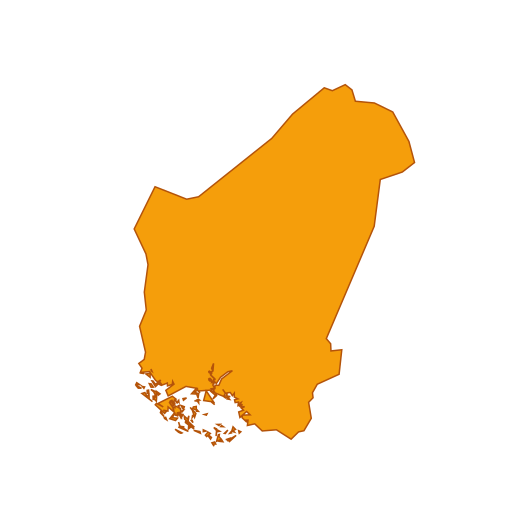 Rufiji, Pwani, United Republic of Tanzania, rotated 113°
{"feature_id": "72390352B25336426084217", "entity_name": "Rufiji", "entity_type": "district", "adm_level": 2, "iso_a3": "TZA", "parent_name": "United Republic of Tanzania", "parent_adm1": "Pwani", "projection": "mercator", "projection_center": [39.283, -7.991], "detail": "fine", "context": "isolated", "style": "filled", "palette": "amber", "viewbox_px": 512, "rotation_deg": 113, "n_neighbors": 0, "source": "geoboundaries", "source_scale": "gbopen_adm2", "svg_char_len": 6212}
<svg xmlns="http://www.w3.org/2000/svg" viewBox="0 0 512 512"><g transform="rotate(113 256 256)"><path d="M400.7,321.9L403.8,317.1L408.4,317.0L404.0,308.9L409.7,299.9L410.4,296.7L408.4,296.3L407.6,295.0L413.4,298.5L411.3,301.9L411.6,303.0L415.5,297.5L409.7,295.1L410.7,293.3L411.9,295.3L412.1,292.6L407.6,288.0L410.2,286.7L406.8,282.9L404.0,283.7L406.0,281.4L414.9,286.5L419.1,282.2L403.4,269.5L400.8,258.2L402.1,257.5L404.0,254.2L402.5,255.8L396.1,243.3L395.6,245.2L393.8,242.4L391.6,245.4L388.8,244.7L389.7,246.1L389.8,247.4L389.4,247.6L388.5,247.4L389.1,249.6L388.8,250.6L387.7,251.5L387.0,251.2L386.6,250.4L387.7,247.9L387.6,251.3L388.2,247.2L389.6,247.3L388.6,246.1L386.3,246.6L385.5,245.8L383.3,251.3L382.8,251.6L381.5,250.9L380.8,251.3L381.6,251.4L381.8,251.9L381.7,253.5L381.4,254.0L380.8,254.3L380.6,254.2L381.1,253.6L380.2,252.5L380.1,252.3L380.1,251.6L379.3,251.3L378.7,250.8L376.7,253.0L371.4,253.1L378.6,250.7L380.1,251.6L381.1,253.4L381.1,253.9L380.6,254.0L380.8,254.2L381.7,253.5L381.7,251.9L380.7,251.2L381.5,250.9L383.1,251.3L385.2,245.8L386.1,245.6L386.4,246.5L388.3,245.9L389.3,246.5L389.4,246.0L388.0,244.9L388.9,242.7L381.5,241.3L373.5,236.7L370.8,232.9L382.6,239.6L389.6,239.7L391.0,243.2L394.2,242.0L396.0,243.1L397.8,240.4L398.0,245.6L400.0,239.1L404.4,239.8L399.8,237.7L398.0,239.6L397.9,230.8L394.2,230.7L391.8,234.6L395.3,228.4L393.3,229.2L391.7,226.3L393.8,223.2L390.7,222.4L394.3,220.9L394.6,216.8L396.8,219.6L399.1,217.9L397.3,215.1L400.7,214.1L399.3,213.0L397.6,213.3L396.5,212.4L401.1,212.7L397.8,210.6L400.8,210.9L399.1,207.6L401.8,209.9L402.8,207.3L406.3,211.0L410.9,207.7L402.8,203.9L404.5,199.4L407.8,206.3L410.3,205.6L412.6,199.5L411.0,201.1L410.2,199.2L415.4,197.7L411.0,191.6L414.6,181.9L408.0,169.3L410.9,152.1L401.3,148.1L398.1,143.6L383.8,141.7L370.1,150.4L364.2,148.1L359.8,150.6L350.1,149.5L332.4,133.3L308.8,140.4L314.1,149.9L307.6,153.0L304.6,159.0L182.5,158.8L137.0,171.5L121.5,154.1L108.0,146.6L90.8,160.0L70.0,186.4L68.9,206.8L74.7,225.0L65.6,232.6L63.4,240.8L74.0,250.3L74.5,258.9L111.1,277.8L141.5,287.4L223.9,332.0L230.8,342.0L231.7,376.0L278.7,378.7L297.1,358.1L306.2,352.0L332.9,344.7L348.6,335.9L366.2,335.7L387.7,320.1L394.9,318.5L400.7,321.9ZM401.0,308.5L402.8,306.7L402.6,307.5L401.0,308.5ZM429.3,277.9L431.6,270.7L427.9,273.4L424.8,278.4L423.0,278.3L421.6,277.0L423.9,274.0L420.5,274.9L419.0,273.7L417.8,278.2L430.0,288.6L431.2,282.4L430.6,290.1L432.3,290.6L436.6,278.6L434.4,277.9L434.1,281.1L433.2,276.5L429.3,277.9ZM409.5,247.7L407.1,238.5L407.8,236.7L399.5,249.2L409.5,247.7ZM429.0,264.1L425.8,266.0L425.6,271.7L427.2,271.4L426.8,272.1L427.5,272.9L427.2,273.3L431.5,270.6L431.9,269.8L432.7,268.9L434.0,268.2L433.8,266.6L431.0,267.1L429.0,264.1ZM432.8,255.3L431.4,259.5L434.1,257.9L435.3,253.4L435.7,256.8L436.2,252.9L436.4,256.0L436.9,255.9L439.5,245.3L436.6,254.4L437.7,245.8L434.7,253.9L429.3,255.3L432.8,255.3ZM430.5,294.4L429.3,298.5L425.4,300.3L427.8,301.3L425.1,304.9L427.1,307.3L430.5,294.4ZM409.4,253.8L405.2,254.9L405.4,259.9L402.6,257.3L401.2,259.2L408.0,261.5L406.3,256.7L409.4,253.8ZM433.2,223.5L431.5,220.9L431.1,224.7L430.5,224.8L430.4,227.8L432.1,224.1L437.4,222.4L433.2,223.5ZM436.0,264.9L437.5,269.7L432.1,269.7L439.5,271.8L438.9,265.8L436.0,264.9ZM442.5,257.0L441.3,255.2L442.4,259.4L439.1,262.4L443.4,259.0L443.8,260.7L443.9,249.7L442.5,257.0ZM428.4,249.5L424.4,249.8L421.1,257.4L422.9,254.3L428.4,249.5ZM409.0,306.1L405.4,307.6L407.6,311.3L409.0,306.1ZM425.1,292.1L420.1,294.7L419.9,300.6L421.0,297.1L425.1,292.1ZM437.8,208.2L428.9,204.2L437.5,210.4L435.2,207.9L437.8,208.2ZM442.0,219.9L438.3,216.4L436.6,219.6L434.6,220.0L435.2,220.8L442.0,219.9ZM437.2,228.7L436.9,231.4L440.7,232.6L441.5,230.9L437.2,228.7ZM426.5,207.0L425.6,208.8L423.6,207.1L422.2,210.4L426.9,209.9L426.5,207.0ZM427.1,274.0L425.2,273.9L422.9,277.6L424.9,277.7L427.1,274.0ZM434.5,261.6L430.4,261.3L430.9,263.5L433.3,262.0L431.7,264.9L434.5,261.6ZM421.2,250.7L417.8,252.2L419.4,254.7L421.0,254.7L421.2,250.7ZM440.8,245.2L440.9,237.9L439.5,239.0L440.8,245.2ZM425.7,262.8L422.7,263.1L422.9,266.7L425.7,262.8ZM416.8,299.2L414.7,302.5L415.2,304.4L417.8,301.4L416.8,299.2ZM437.6,282.8L439.7,278.0L436.2,282.9L437.6,282.8ZM395.4,224.8L396.5,229.1L398.1,230.6L398.6,228.5L395.4,224.8ZM431.4,214.9L427.2,213.9L431.6,215.8L431.4,214.9ZM447.5,220.3L446.0,221.9L444.8,219.6L443.4,221.5L445.2,223.6L447.5,220.3ZM424.7,300.7L421.4,302.5L422.2,303.7L424.9,302.5L424.7,300.7ZM428.6,291.0L425.6,292.0L424.3,294.4L427.5,293.9L428.6,291.0ZM421.2,316.4L419.9,312.7L419.2,316.3L421.2,316.4ZM430.1,263.3L431.0,266.6L433.0,265.5L431.2,265.3L430.1,263.3ZM419.9,274.4L422.0,271.9L422.0,270.4L419.9,274.4ZM438.3,235.9L436.7,233.6L436.6,236.6L438.3,235.9ZM440.9,217.2L439.9,213.9L438.3,216.2L440.9,217.2ZM436.9,212.1L435.4,209.6L433.0,207.7L436.9,212.1ZM423.7,312.7L422.4,309.8L421.9,316.3L423.7,312.7ZM448.1,255.2L447.7,254.9L447.1,262.8L448.5,258.4L448.6,256.2L448.1,255.2ZM413.7,251.3L411.7,252.3L413.4,256.1L412.5,253.3L413.7,251.3ZM422.3,291.6L420.4,290.5L419.6,294.2L422.3,291.6ZM417.1,266.4L413.8,264.5L415.8,267.5L417.1,266.4ZM425.7,202.2L423.7,201.3L423.6,203.7L425.7,202.2ZM426.3,273.9L425.1,273.1L423.8,272.8L423.5,273.2L426.3,273.9ZM441.7,274.2L439.8,276.1L440.5,277.4L441.3,276.7L441.7,274.2ZM441.6,250.6L438.8,249.1L439.1,251.5L441.6,250.6ZM408.1,239.1L409.0,236.0L407.6,238.8L408.1,239.1ZM434.0,248.9L432.2,250.6L432.7,251.3L434.0,248.9ZM426.2,223.9L425.0,223.3L426.2,225.9L426.6,223.3L426.2,223.9ZM429.6,251.6L427.0,250.9L427.6,252.1L429.6,251.6ZM425.5,221.5L426.8,221.8L425.9,219.4L425.5,221.5ZM425.3,296.0L428.7,294.4L424.7,294.9L425.3,296.0ZM428.0,264.1L428.3,263.1L426.6,262.6L428.0,264.1ZM421.6,307.5L420.0,307.4L420.5,309.6L421.6,307.5ZM429.5,210.9L428.5,209.5L427.8,210.4L429.5,210.9ZM408.0,313.1L407.7,315.4L408.3,316.4L408.8,316.4L408.0,313.1ZM398.3,224.2L397.3,226.0L398.8,226.5L398.3,224.2ZM442.3,226.3L440.4,226.1L439.6,228.7L440.6,229.1L442.3,226.3ZM420.6,269.9L419.0,270.8L419.9,271.1L420.6,269.9ZM421.5,248.3L420.7,250.0L422.1,250.0L421.5,248.3ZM425.2,267.9L423.7,268.3L424.1,269.0L425.2,267.9ZM421.9,239.5L420.4,239.4L422.1,241.6L421.9,239.5ZM412.3,254.9L410.7,251.7L410.4,252.9L412.3,254.9Z" fill="#f59e0b" stroke="#b45309" stroke-width="1.5"/></g></svg>